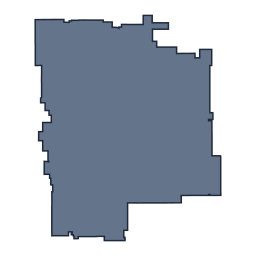 outline of Moora, Western Australia, Australia
{"feature_id": "25037944B54845573421137", "entity_name": "Moora", "entity_type": "district", "adm_level": 2, "iso_a3": "AUS", "parent_name": "Australia", "parent_adm1": "Western Australia", "projection": "albers", "projection_center": [116.192, -30.512], "detail": "fine", "context": "isolated", "style": "filled", "palette": "slate", "viewbox_px": 256, "rotation_deg": 0, "n_neighbors": 0, "source": "geoboundaries", "source_scale": "gbopen_adm2", "svg_char_len": 3103}
<svg xmlns="http://www.w3.org/2000/svg" viewBox="0 0 256 256"><path d="M35.2,26.0L35.2,42.8L35.2,43.9L35.3,44.0L35.2,44.2L35.3,44.5L35.3,48.3L35.3,60.6L35.3,65.4L35.3,65.5L37.2,65.5L41.6,65.4L41.6,74.6L41.5,79.6L41.6,84.4L41.6,97.5L40.6,98.1L40.6,102.8L45.1,102.8L45.1,105.3L45.1,110.4L45.1,110.5L49.0,110.5L49.0,115.2L51.3,115.2L51.3,122.5L42.7,122.5L42.7,131.6L38.7,131.7L38.6,140.7L42.7,140.7L42.7,150.9L48.0,150.9L48.0,160.8L48.0,161.0L48.6,161.0L48.6,161.6L48.4,161.5L48.5,161.5L48.6,161.8L48.4,161.8L48.2,161.7L47.9,161.7L47.6,161.7L46.6,161.5L44.2,161.3L44.2,169.7L44.2,174.3L49.6,174.3L49.6,178.2L50.8,178.2L50.8,184.9L52.7,184.9L52.7,191.8L51.8,191.8L51.9,201.0L51.9,205.4L51.9,205.5L51.8,206.3L51.8,211.7L51.8,215.7L51.8,216.0L51.8,226.3L51.8,228.5L51.8,228.8L51.8,230.4L51.9,234.9L51.8,235.7L63.7,235.7L68.5,235.7L68.5,231.9L72.2,231.9L72.2,233.4L71.3,233.5L71.3,234.8L73.3,234.8L73.3,236.0L74.0,236.0L74.0,237.3L74.0,238.7L78.2,238.6L78.2,236.6L86.5,236.6L94.8,236.6L99.9,236.3L104.6,236.5L104.5,237.6L104.3,237.7L104.3,240.6L107.6,240.6L111.7,240.6L115.9,240.6L116.0,240.6L116.5,240.6L121.2,240.6L125.0,240.6L125.1,238.7L124.9,238.7L124.9,237.3L123.8,237.4L123.8,236.0L123.8,230.3L127.6,230.3L127.6,225.6L127.6,218.4L127.6,211.9L127.6,202.9L135.8,202.9L136.1,203.0L136.4,203.0L139.8,202.9L141.7,202.9L144.3,202.9L145.9,202.9L157.3,202.9L160.7,202.9L162.0,202.9L165.5,202.9L176.5,202.8L178.4,202.8L181.3,202.8L181.3,201.5L181.2,195.5L181.3,195.5L192.1,195.4L195.7,195.4L197.1,195.4L199.6,195.4L206.1,195.4L208.6,195.4L208.6,194.5L209.8,194.5L209.8,195.4L212.0,195.4L220.8,195.4L220.8,193.9L220.8,193.6L220.7,193.6L220.7,192.3L220.7,191.4L220.7,180.1L220.7,176.2L220.7,169.6L220.7,163.5L220.7,159.8L220.7,156.3L220.6,156.1L220.5,155.9L220.3,155.8L220.0,155.8L217.0,155.8L216.9,155.8L213.9,155.8L212.0,155.9L212.0,154.4L212.0,135.1L211.9,127.5L211.9,127.3L211.9,126.4L211.9,123.8L211.9,121.3L211.9,120.9L211.9,120.7L208.6,120.7L208.6,119.4L212.9,119.4L212.9,113.0L212.9,112.9L212.8,112.7L209.9,112.7L209.8,110.6L209.8,107.4L209.8,104.5L209.8,104.4L209.8,101.7L209.8,96.2L209.8,87.5L209.8,87.4L209.8,86.5L209.8,82.3L209.8,73.0L209.8,65.5L211.5,65.5L211.7,65.4L211.7,56.3L211.7,56.2L211.7,49.4L209.5,49.4L208.6,49.4L208.2,49.4L207.7,49.4L203.7,49.4L199.7,49.4L199.7,49.7L199.7,53.8L199.7,57.8L195.0,57.9L195.0,53.3L189.8,53.4L184.4,53.4L176.6,53.5L176.6,53.4L176.6,47.1L173.6,47.1L161.8,47.1L156.7,47.1L156.7,43.0L156.7,41.3L152.5,41.3L152.5,31.6L152.5,29.3L152.5,29.2L164.5,29.2L168.4,29.2L168.4,22.8L165.5,22.8L164.0,22.8L152.2,22.8L152.2,15.4L151.6,15.4L151.1,15.4L149.4,15.4L143.2,15.4L143.2,24.5L139.9,24.5L130.6,24.5L123.7,24.4L121.5,24.4L121.5,27.1L118.8,27.1L118.9,28.1L118.5,27.8L116.1,27.3L112.2,27.3L112.2,22.0L107.8,22.0L103.2,22.0L103.2,20.1L93.5,20.1L92.8,20.1L92.6,20.1L92.4,20.1L91.6,20.1L82.2,20.0L78.9,20.1L78.9,20.3L72.0,20.3L71.8,20.3L71.7,20.2L71.6,20.3L71.5,20.5L71.5,20.9L69.2,20.9L69.2,21.0L69.2,21.3L69.2,21.6L69.2,21.8L69.2,22.3L67.6,22.3L63.9,22.2L63.9,19.5L59.2,19.5L53.5,19.5L40.0,19.6L35.2,19.6L35.2,26.0Z" fill="#64748b" stroke="#1e293b" stroke-width="1.5"/></svg>